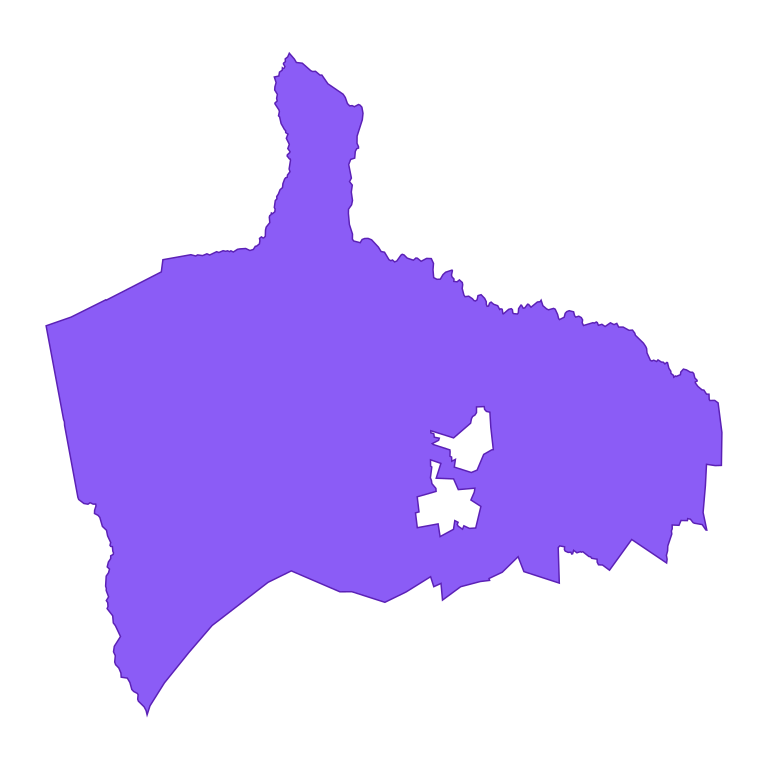 Kwekwe, Midlands, Zimbabwe (Equal Earth projection)
{"feature_id": "62879985B25079588336993", "entity_name": "Kwekwe", "entity_type": "district", "adm_level": 2, "iso_a3": "ZWE", "parent_name": "Zimbabwe", "parent_adm1": "Midlands", "projection": "equal_earth", "projection_center": [29.733, -18.821], "detail": "fine", "context": "isolated", "style": "filled", "palette": "violet", "viewbox_px": 768, "rotation_deg": 0, "n_neighbors": 0, "source": "geoboundaries", "source_scale": "gbopen_adm2", "svg_char_len": 6075}
<svg xmlns="http://www.w3.org/2000/svg" viewBox="0 0 768 768"><path d="M147.1,714.8L150.0,705.8L164.4,682.9L188.7,652.7L212.1,625.5L268.1,582.3L291.3,570.9L339.9,591.8L351.8,591.7L384.9,602.3L406.2,591.9L430.6,576.7L433.8,586.7L441.0,583.4L442.5,600.1L460.7,586.7L480.4,581.5L489.6,580.4L489.0,578.5L502.3,572.2L518.1,556.7L523.9,571.6L559.3,583.1L558.2,547.6L559.7,545.9L564.6,546.8L564.4,549.6L565.2,551.1L568.1,552.4L570.9,552.2L571.7,554.0L572.6,553.8L573.6,550.3L576.9,552.8L580.5,551.6L581.2,552.2L582.8,551.7L588.9,556.5L590.6,556.8L591.7,558.3L597.1,559.2L597.2,562.2L598.5,564.8L602.5,565.0L609.5,570.2L631.7,539.5L666.6,563.0L667.1,559.2L666.4,555.3L667.6,550.8L667.8,546.0L671.8,534.0L671.4,530.9L672.2,528.9L672.2,525.0L679.0,525.3L681.0,520.5L687.4,520.6L687.7,518.6L690.4,519.2L693.1,522.6L694.3,523.2L702.2,524.6L705.9,530.0L706.8,530.1L703.1,512.5L705.4,485.7L706.5,464.3L715.2,465.6L721.4,465.4L721.9,432.5L718.1,402.9L714.7,400.4L709.8,400.5L709.2,399.4L709.0,394.2L706.5,394.1L703.9,390.1L701.9,389.8L697.9,386.4L695.3,382.8L695.3,381.9L697.1,381.1L697.1,380.3L694.8,377.9L693.8,373.7L692.6,372.3L690.4,372.2L686.5,369.9L683.4,369.1L680.8,372.0L680.4,374.7L676.3,376.4L675.4,376.0L673.8,377.2L673.4,375.3L671.0,373.4L670.8,371.2L668.9,368.3L667.5,362.7L666.9,362.4L664.9,363.9L663.3,362.2L661.5,362.1L658.0,359.9L656.6,361.5L653.7,360.2L651.9,361.0L650.4,360.4L647.0,352.9L646.6,348.5L645.8,346.7L643.5,343.2L635.4,335.3L634.8,333.2L632.5,330.1L629.0,330.3L623.2,327.1L618.7,327.1L616.8,323.4L614.0,324.6L610.4,322.8L605.1,326.5L601.9,324.3L598.4,325.3L597.3,322.6L596.3,322.0L594.3,323.1L592.9,322.7L583.5,325.5L582.2,322.8L582.6,319.9L581.3,317.6L578.8,316.2L575.7,317.1L574.6,315.7L573.6,311.8L569.2,310.7L566.8,311.6L565.2,313.3L564.2,317.2L559.5,319.6L558.6,318.5L557.6,314.4L555.2,309.2L553.6,308.4L548.5,309.8L546.6,308.9L542.9,305.7L541.1,300.2L540.1,301.7L537.4,302.0L531.0,307.2L528.6,304.4L527.6,304.2L524.8,307.9L523.2,308.2L521.5,305.2L520.9,305.1L518.6,308.6L518.3,312.8L517.4,314.0L513.5,313.6L512.8,312.8L512.4,309.7L511.3,308.7L508.7,309.3L503.5,313.8L502.9,313.7L502.2,309.3L500.9,308.8L499.7,309.5L497.7,305.7L493.7,304.3L491.1,302.1L489.6,303.1L488.5,306.1L487.1,306.3L486.3,304.3L486.3,301.7L484.7,298.4L481.1,294.7L478.0,295.6L477.1,299.8L475.5,301.0L474.0,300.6L472.4,298.7L468.7,296.2L465.0,296.7L463.9,295.0L462.2,288.5L462.7,284.7L462.3,282.5L459.4,279.9L457.1,281.8L453.8,281.4L454.0,279.0L452.0,276.9L451.5,275.1L452.4,270.7L452.0,270.1L445.6,272.2L443.0,274.6L440.3,279.2L436.9,279.3L433.7,277.6L433.0,269.8L433.5,263.4L431.3,258.6L426.6,258.4L421.1,261.3L417.4,258.2L415.9,258.0L413.4,260.2L407.2,258.1L404.0,254.9L402.2,254.3L401.0,255.1L396.8,261.0L394.6,261.9L392.5,260.0L390.8,260.7L389.0,259.7L384.5,252.2L381.1,251.5L378.4,247.1L371.6,239.8L368.1,238.4L364.7,238.5L362.1,239.5L360.2,242.7L353.7,241.0L352.4,239.2L352.5,234.1L349.4,224.5L348.4,213.4L348.5,209.2L351.6,204.8L352.5,200.5L351.3,192.0L352.3,185.1L349.5,181.6L351.4,178.1L348.7,164.5L350.7,159.4L354.7,158.1L355.3,151.4L356.7,148.7L358.5,148.1L358.5,146.7L357.0,143.3L357.1,136.1L362.3,119.8L363.0,113.3L361.9,107.2L360.1,105.2L358.5,104.5L354.4,106.7L352.1,105.6L349.7,105.9L347.4,103.5L345.3,97.5L343.1,94.2L327.9,83.8L321.9,75.1L320.0,75.1L315.5,71.3L312.6,71.5L310.8,70.7L302.3,63.2L296.4,62.5L294.4,59.1L289.3,53.2L287.7,56.9L285.2,58.9L285.4,61.6L283.6,63.1L283.4,63.9L284.9,66.5L284.2,68.1L283.1,68.6L282.4,67.9L282.2,70.2L279.5,72.1L278.8,76.0L274.3,77.0L276.1,82.6L274.9,86.8L274.7,90.0L277.4,94.4L276.6,98.3L277.2,100.9L274.9,103.1L275.0,103.9L278.9,109.9L279.4,111.6L278.5,115.8L279.6,116.9L281.1,123.6L284.5,129.6L285.6,130.6L285.7,132.6L288.0,134.1L286.3,138.3L289.3,144.3L287.8,148.6L290.0,151.6L289.7,152.6L287.4,154.7L287.1,156.0L289.5,159.0L290.3,159.1L290.5,160.3L289.1,169.0L290.0,171.7L287.5,175.0L287.2,177.3L285.6,177.8L284.6,179.1L282.9,183.7L282.5,187.6L280.1,189.6L278.3,194.2L276.7,196.5L276.9,198.9L275.3,200.5L274.3,207.5L275.1,209.0L274.8,211.8L272.5,213.7L271.4,213.0L271.1,214.5L269.7,215.7L269.3,217.2L269.8,222.6L266.2,227.1L265.5,230.0L265.3,236.3L264.0,237.7L263.1,238.0L261.4,236.9L259.5,238.4L259.9,240.8L259.4,243.9L256.5,246.2L255.3,246.3L253.4,249.4L249.9,250.5L245.7,248.5L239.8,248.9L237.5,249.3L233.3,252.0L230.9,250.8L229.6,251.6L227.5,250.8L225.7,251.3L223.1,250.7L218.9,252.5L216.6,251.7L209.7,255.0L206.9,253.8L202.6,255.6L197.6,254.9L195.7,256.0L190.9,254.7L162.9,259.7L161.3,271.9L106.2,300.2L105.8,299.8L71.1,317.1L46.1,325.8L63.6,419.6L64.4,421.7L64.6,425.5L77.9,497.4L78.7,499.5L83.9,503.5L88.0,504.2L90.1,502.7L93.1,504.1L95.7,504.1L96.0,505.9L94.6,510.3L94.5,513.5L98.0,515.3L99.8,517.4L102.4,526.4L106.5,530.3L107.6,535.9L110.7,542.5L110.0,545.3L110.7,546.4L112.4,546.6L112.8,551.2L113.5,552.8L113.2,554.4L110.7,555.8L110.7,558.6L108.4,562.0L107.2,566.9L109.5,569.1L108.5,572.8L106.2,576.1L105.6,586.2L106.3,588.2L106.2,590.5L108.6,596.9L106.3,600.6L107.7,602.6L108.0,606.5L107.1,608.6L112.7,615.8L113.3,622.9L115.4,625.7L120.5,636.5L114.3,646.3L113.5,651.8L115.3,655.7L114.7,662.0L115.6,664.7L118.8,668.0L120.9,673.0L121.2,677.2L127.3,678.1L129.9,682.5L131.8,689.5L133.7,691.5L137.3,693.4L138.1,694.7L137.7,699.2L138.4,701.2L144.1,706.8L146.1,710.6L147.1,714.8ZM440.9,463.4L436.2,478.2L453.6,478.9L458.3,489.6L474.9,488.2L474.3,492.1L470.9,500.0L480.9,506.4L475.7,528.0L469.4,528.4L463.9,525.8L462.5,529.2L458.2,526.2L457.2,524.4L458.1,522.3L454.8,520.6L453.5,529.3L440.1,536.6L438.1,523.9L417.3,527.7L415.5,512.9L419.0,511.9L417.2,496.8L436.1,491.4L435.9,488.4L431.9,483.6L431.4,480.3L430.4,477.9L431.8,467.0L430.6,466.1L430.5,459.8L440.9,463.4ZM476.5,406.9L484.2,406.6L484.6,409.4L486.4,411.4L489.9,412.2L490.8,427.2L493.3,449.6L491.6,449.9L483.7,454.4L477.1,470.1L471.3,472.5L454.3,467.1L455.4,459.4L451.8,461.2L451.6,457.1L449.9,456.1L450.1,451.9L449.9,449.9L433.5,444.6L432.2,443.6L438.6,440.3L439.3,438.2L434.3,437.2L433.8,433.8L430.8,432.8L430.8,430.7L453.6,437.9L470.6,423.2L471.5,418.6L472.6,416.5L474.9,415.1L476.5,412.6L476.5,406.9Z" fill="#8b5cf6" stroke="#5b21b6" stroke-width="1.5"/></svg>